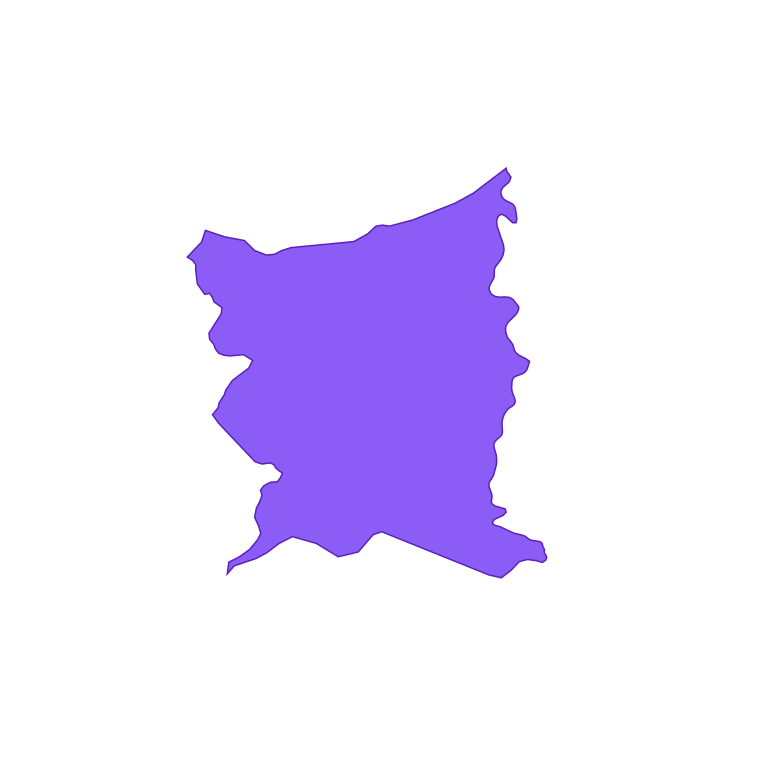 Gorgol, orthographic projection, rotated 217°
{"feature_id": "MRT-2791", "entity_name": "Gorgol", "entity_type": "Region", "adm_level": 1, "iso_a3": "MRT", "parent_name": "Mauritania", "parent_adm1": "", "projection": "orthographic", "projection_center": [-12.986, 15.995], "detail": "fine", "context": "isolated", "style": "filled", "palette": "violet", "viewbox_px": 768, "rotation_deg": 217, "n_neighbors": 0, "source": "natural_earth", "source_scale": "10m", "svg_char_len": 2811}
<svg xmlns="http://www.w3.org/2000/svg" viewBox="0 0 768 768"><g transform="rotate(217 384 384)"><path d="M163.6,352.1L161.7,351.8L161.1,351.4L159.3,349.8L158.5,349.4L156.8,348.7L156.2,348.3L155.8,347.9L155.4,346.9L155.1,346.4L153.9,345.5L151.0,344.4L149.7,343.5L148.9,340.6L150.1,336.8L155.8,334.7L163.7,330.3L169.0,323.7L170.5,311.3L173.7,299.8L185.4,294.6L297.0,264.6L302.0,257.1L303.5,234.3L316.6,218.5L342.2,215.9L365.3,207.0L371.9,193.4L376.1,178.6L381.3,167.4L394.2,148.6L394.9,138.1L400.7,148.3L395.4,159.2L391.7,171.1L391.2,183.8L392.6,190.6L398.6,195.1L407.0,199.6L411.3,208.2L412.4,215.1L414.4,221.5L418.8,225.0L418.7,230.5L415.7,237.0L410.4,241.8L410.3,246.7L411.6,251.8L415.2,251.5L419.8,251.8L423.3,253.3L427.2,252.6L433.3,246.7L440.1,244.3L492.2,253.1L502.5,256.2L502.2,265.2L504.3,269.7L505.1,279.5L506.7,284.1L507.2,295.6L501.6,315.3L503.1,323.8L513.9,322.8L524.1,313.6L529.1,310.7L534.6,309.1L539.4,310.4L543.8,313.2L550.1,314.7L554.4,319.3L556.2,341.9L559.4,347.5L569.1,347.3L573.5,350.0L578.0,351.5L579.3,349.8L581.1,347.7L593.3,351.6L602.9,361.6L606.1,366.0L611.3,367.5L617.5,367.0L615.1,387.7L619.1,399.2L600.1,405.5L581.7,414.6L567.8,412.7L555.5,416.2L549.5,421.7L546.2,428.7L540.4,436.9L493.8,479.6L487.4,494.0L485.4,505.3L480.7,510.1L474.7,513.3L459.8,532.2L435.9,571.4L427.5,590.1L416.3,629.9L414.1,627.8L407.1,625.6L406.8,624.8L406.0,622.3L405.8,620.0L407.3,612.8L407.2,610.5L406.5,608.3L405.1,606.3L402.6,604.6L399.8,603.8L396.9,603.8L391.0,605.0L388.4,605.0L386.0,604.1L383.6,602.2L377.3,595.9L375.6,592.3L378.4,590.2L387.8,591.2L392.4,590.4L393.8,586.5L392.1,581.8L388.6,578.1L372.2,566.9L368.8,563.3L366.6,558.9L365.5,554.3L365.5,544.7L365.0,542.5L363.7,540.4L361.0,536.7L360.1,534.8L359.0,526.9L358.1,524.4L356.4,522.3L352.0,520.3L347.7,520.9L343.7,523.1L340.1,526.1L335.9,528.7L332.0,529.2L323.6,527.0L322.0,525.8L321.0,523.2L320.5,520.7L320.5,518.3L322.1,507.5L321.4,503.5L319.4,500.2L316.5,497.5L313.1,495.4L306.8,493.7L304.8,492.9L299.7,489.2L297.7,488.4L293.7,488.2L285.5,489.6L281.4,489.7L278.8,482.6L278.4,480.2L278.7,477.7L279.7,475.4L283.8,468.9L284.3,466.8L284.0,464.7L282.8,462.3L279.7,457.7L277.9,455.7L275.7,454.0L271.5,451.5L269.6,450.0L268.2,448.1L267.8,445.6L268.4,443.2L269.3,440.8L270.0,438.4L269.9,432.9L268.6,428.1L266.2,423.7L261.2,417.8L260.0,416.1L259.4,414.2L259.5,411.9L260.5,407.1L260.7,404.6L260.1,402.3L258.5,400.1L251.6,394.8L249.2,392.2L247.1,389.5L245.4,386.6L241.6,377.0L241.2,374.8L240.9,369.8L240.3,367.6L238.6,365.5L231.1,360.4L229.7,358.7L227.6,354.9L226.2,353.4L222.1,353.3L212.1,357.2L209.3,355.2L209.8,350.8L214.4,342.2L213.9,338.2L212.1,337.8L210.6,337.9L209.1,338.4L205.3,339.9L190.9,342.9L182.6,346.5L180.5,347.2L179.6,347.3L174.4,347.3L172.9,347.6L165.4,351.6L163.6,352.1Z" fill="#8b5cf6" stroke="#5b21b6" stroke-width="1.5"/></g></svg>